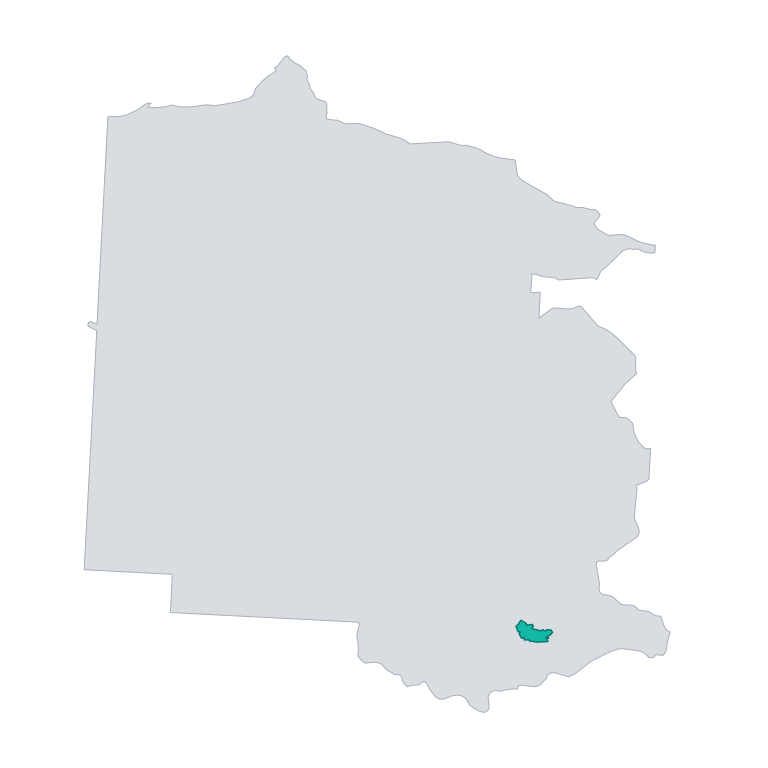 Kubum, Southern Darfur, Sudan (highlighted), rotated 273°
{"feature_id": "16777658B37095470254890", "entity_name": "Kubum", "entity_type": "district", "adm_level": 2, "iso_a3": "SDN", "parent_name": "Sudan", "parent_adm1": "Southern Darfur", "projection": "robinson", "projection_center": [23.862, 11.742], "detail": "fine", "context": "in_parent", "style": "filled", "palette": "teal", "viewbox_px": 768, "rotation_deg": 273, "n_neighbors": 0, "source": "geoboundaries", "source_scale": "gbopen_adm2", "svg_char_len": 5394}
<svg xmlns="http://www.w3.org/2000/svg" viewBox="0 0 768 768"><g transform="rotate(273 384 384)"><path d="M536.8,647.7L529.5,647.6L528.7,645.7L528.8,640.4L529.6,636.3L532.2,630.0L531.5,626.5L531.9,621.5L529.9,615.9L512.4,599.6L508.9,595.1L499.5,591.0L501.1,586.4L497.0,553.0L498.9,549.1L499.4,543.3L499.3,538.2L501.4,529.6L501.7,526.0L483.2,525.7L483.0,529.4L483.8,533.5L483.8,535.2L458.1,535.3L468.5,548.4L469.0,554.1L468.5,561.3L468.7,565.9L469.3,568.8L472.1,574.7L471.9,575.8L471.3,577.2L453.1,594.6L450.2,602.7L447.8,607.0L442.5,614.1L425.9,632.7L423.2,634.0L410.5,634.6L409.2,635.1L408.2,635.9L407.7,635.7L396.8,624.8L378.4,611.6L366.3,618.5L363.0,621.0L363.0,627.4L361.2,630.6L357.9,634.1L349.0,636.3L344.3,638.2L338.8,641.8L333.4,647.8L333.0,650.9L333.6,653.6L302.7,653.5L300.6,651.3L296.1,641.5L293.0,642.1L264.8,640.9L260.8,642.0L252.7,646.0L248.7,646.7L244.5,644.8L229.7,625.4L226.5,623.1L223.1,618.4L219.9,616.4L218.9,614.9L218.5,612.9L218.6,608.6L217.5,605.9L215.2,605.3L195.3,609.8L192.5,609.3L188.3,610.1L186.8,610.9L185.2,613.5L184.9,618.8L184.4,621.4L182.9,624.4L177.2,631.0L175.9,633.8L176.2,641.1L175.8,644.7L175.0,646.4L172.5,649.2L171.6,650.8L170.6,660.1L167.5,665.7L166.8,667.7L166.6,671.8L166.1,673.0L157.1,676.2L153.7,678.3L151.7,681.4L151.2,682.8L147.3,681.7L142.4,680.8L133.0,679.8L129.3,678.4L127.5,676.2L128.0,670.5L127.1,669.3L125.6,668.3L124.6,665.9L124.8,663.0L129.8,656.5L130.8,653.0L132.1,636.7L131.7,631.7L127.8,622.6L118.8,606.8L116.6,603.7L105.3,590.7L104.0,588.8L101.2,583.3L104.3,571.3L104.5,567.9L103.7,564.5L100.8,561.9L98.3,561.6L95.0,558.4L92.8,557.0L90.8,554.1L89.5,550.2L90.5,536.0L89.8,534.1L86.9,533.6L86.3,532.6L86.4,529.9L84.9,521.8L83.1,515.2L84.1,511.5L81.7,506.4L77.1,504.3L68.1,505.9L65.2,505.7L63.3,504.7L62.0,502.9L61.3,500.7L61.9,497.4L64.5,491.4L67.7,486.5L74.2,482.0L75.9,479.6L76.9,476.9L77.1,473.8L76.7,470.6L75.9,467.7L74.0,463.8L72.3,459.2L72.2,456.1L73.1,453.9L74.8,451.3L81.2,446.0L87.8,441.7L89.0,440.2L88.6,438.3L85.5,434.8L84.6,427.8L82.9,423.0L86.2,419.3L88.7,418.0L92.6,416.9L94.1,415.4L94.5,412.5L94.4,409.7L95.8,407.6L97.7,403.2L99.2,401.2L104.2,396.0L105.3,392.6L105.7,389.4L104.3,379.6L107.2,375.5L110.9,372.1L116.2,372.4L124.5,371.6L130.1,370.2L134.2,370.3L143.3,372.1L144.3,371.3L144.8,368.7L144.6,182.6L182.4,182.6L182.9,182.3L182.8,94.3L420.4,94.4L422.4,94.0L426.0,85.8L427.6,85.2L430.1,85.7L430.9,87.6L429.0,94.3L636.5,94.3L637.1,104.4L639.0,112.4L645.1,123.9L650.3,130.1L652.1,133.5L652.3,135.1L652.1,136.6L650.6,134.9L648.0,133.7L647.8,139.1L649.2,150.1L651.5,157.9L650.1,165.0L650.6,177.1L653.5,191.6L653.1,200.9L657.9,222.5L662.3,234.5L664.7,237.5L667.3,239.1L672.3,240.1L679.8,246.2L685.8,252.6L687.9,256.0L690.8,259.7L692.8,259.1L693.9,258.1L695.9,261.1L705.3,267.5L706.7,270.5L703.5,273.4L699.7,278.5L697.9,283.2L696.9,284.7L693.9,287.6L693.4,289.1L692.1,290.0L690.7,290.0L687.5,291.6L684.7,291.1L681.8,292.0L680.8,293.1L678.5,294.1L675.4,294.7L670.7,298.6L666.5,300.6L665.1,302.2L663.0,310.1L661.5,312.1L655.2,312.4L652.2,313.0L648.0,312.2L646.0,312.3L645.5,314.0L644.9,320.8L645.0,323.7L641.7,331.4L642.9,345.9L639.7,356.8L639.3,359.3L636.0,367.9L634.3,371.1L630.3,387.2L628.6,392.1L625.1,397.3L629.3,436.0L626.4,447.8L626.6,454.3L624.5,463.8L622.8,468.2L620.1,473.5L617.8,479.5L615.9,487.3L614.7,502.2L614.0,503.5L602.9,505.4L599.4,506.4L597.1,508.1L594.3,511.9L588.8,522.3L585.8,528.7L581.3,537.5L575.9,543.7L574.8,546.7L574.0,552.3L572.1,561.2L570.3,567.5L570.7,572.6L569.1,581.4L569.4,585.7L567.5,588.1L564.9,590.4L563.2,590.9L555.4,585.0L550.0,589.1L546.7,594.8L544.1,600.6L545.7,612.8L545.6,615.5L544.9,618.4L539.8,630.4L538.3,635.8L536.8,645.4L536.8,647.7Z" fill="#d9dde1" stroke="#a8b0b8" stroke-width="1"/><path d="M154.3,532.8L154.2,532.7L153.1,531.6L151.0,530.7L149.2,528.7L148.2,528.7L147.6,528.9L147.2,529.3L146.8,529.8L146.1,530.0L145.2,530.1L144.7,530.2L143.6,530.9L143.6,531.1L143.6,531.3L143.6,531.7L143.7,532.3L143.7,532.7L143.6,532.9L143.4,533.0L142.8,532.8L142.1,532.4L141.6,532.2L140.7,532.4L140.4,532.6L139.8,533.1L139.4,533.4L138.6,533.8L138.3,534.0L138.0,534.5L137.7,534.7L137.4,534.9L137.4,535.3L137.6,536.2L137.6,536.4L137.7,537.1L137.8,537.3L137.3,537.4L135.7,537.7L136.2,540.1L135.8,541.1L136.1,541.6L136.1,542.2L135.9,542.3L135.4,542.6L135.1,542.8L134.9,543.0L134.6,543.4L134.6,543.6L134.7,543.9L135.0,544.6L134.9,545.3L134.8,545.9L134.4,548.1L134.4,548.4L134.3,550.2L134.4,550.8L134.4,551.0L134.4,551.3L134.4,551.5L134.6,553.4L134.6,553.8L134.6,554.2L134.7,555.0L134.8,555.9L134.9,556.2L134.9,556.3L135.0,557.3L135.0,558.0L135.1,558.5L135.2,559.4L135.2,559.5L135.3,559.8L135.3,560.1L135.3,560.3L135.3,560.5L135.4,560.8L135.4,561.0L136.4,560.8L137.2,560.4L138.0,559.9L138.3,559.7L138.7,559.3L139.1,559.1L139.2,559.3L139.2,559.6L139.0,560.0L138.8,560.3L138.6,560.9L138.6,561.3L138.9,561.7L139.1,561.7L139.3,561.4L139.4,560.9L139.7,560.5L139.9,560.3L140.3,560.3L140.6,560.2L140.8,560.3L141.0,560.7L141.1,561.4L141.5,562.0L141.5,562.6L142.0,563.2L142.7,563.4L143.0,563.6L143.1,563.9L143.2,564.2L143.5,564.4L143.9,564.5L144.2,564.8L144.6,565.3L145.1,565.0L145.4,564.9L147.0,563.8L147.2,561.2L147.1,559.5L146.5,559.2L145.9,557.0L147.0,555.6L146.4,554.6L145.6,553.4L146.2,551.5L146.6,548.8L147.4,544.8L148.2,544.3L149.8,545.9L151.6,544.8L151.2,542.2L150.7,539.1L152.4,538.5L153.8,536.0L155.1,533.1L154.7,533.0L154.3,532.8Z" fill="#14b8a6" stroke="#0f766e" stroke-width="1.5"/></g></svg>